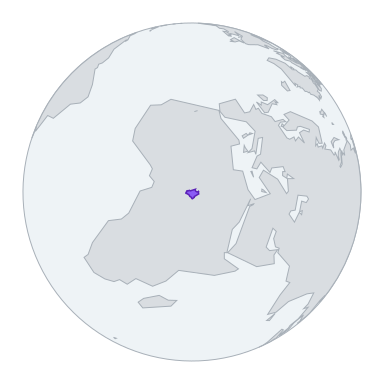 globe centered on Batha, rotated 59°
{"feature_id": "TCD-1472", "entity_name": "Batha", "entity_type": "Prefecture", "adm_level": 1, "iso_a3": "TCD", "parent_name": "Chad", "parent_adm1": "", "projection": "orthographic", "projection_center": [18.213, 14.169], "detail": "fine", "context": "on_globe", "style": "filled", "palette": "violet", "viewbox_px": 384, "rotation_deg": 59, "n_neighbors": 0, "source": "natural_earth", "source_scale": "10m", "svg_char_len": 9260}
<svg xmlns="http://www.w3.org/2000/svg" viewBox="0 0 384 384"><g transform="rotate(59 192 192)"><circle cx="192" cy="192" r="169" fill="#eef3f6" stroke="#a8b0b8"/><path d="M140.7,31.0L140.2,31.2L142.5,30.5L136.2,32.7L136.5,32.9L132.6,34.3L136.2,33.3L139.7,32.1L142.5,31.4L143.0,31.5L138.1,33.1L137.1,33.3L136.0,33.9L133.3,34.7L134.9,34.4L128.9,36.7L135.5,34.8L131.4,36.9L127.2,38.4L126.8,37.7L116.1,41.2L111.7,43.4L106.0,46.6L97.1,53.3L92.6,56.3L87.2,60.7L90.0,58.9L95.2,55.0L99.1,53.4L105.1,49.4L107.5,48.3L114.0,44.8L113.9,46.1L110.3,49.4L105.0,52.6L103.2,54.3L109.0,52.2L99.8,59.6L94.9,67.5L92.4,69.7L86.2,71.4L84.4,68.6L76.4,72.9L82.4,71.1L76.1,77.3L75.4,79.0L76.3,79.5L79.0,77.7L77.0,80.3L70.3,82.5L72.0,80.1L74.1,79.3L73.2,78.2L68.6,80.7L65.8,84.1L61.9,85.7L59.8,88.4L57.8,90.5L61.4,86.0L54.9,94.4L50.3,100.0L57.7,89.5L65.9,79.6L74.8,70.3L84.4,61.7L94.7,53.9L105.5,46.9L116.8,40.7L128.6,35.4L140.7,31.0ZM26.5,158.2L27.0,156.7L25.2,166.2L26.9,158.8L26.2,164.5L28.5,168.5L27.8,170.4L29.4,185.3L34.1,194.4L35.2,202.4L34.4,206.2L36.7,208.9L36.7,211.8L48.6,222.0L56.9,232.1L58.1,242.0L54.1,251.0L57.4,272.9L52.1,276.3L55.4,284.7L59.4,295.1L55.6,291.3L61.5,298.9L63.3,301.5L63.0,301.1L55.1,291.1L48.1,280.5L41.8,269.4L36.4,257.9L31.9,246.0L28.3,233.8L25.6,221.4L23.9,208.8L23.1,196.1L23.3,183.4L24.4,170.7L26.5,158.2ZM36.0,127.2L33.7,133.6L33.8,132.6L34.3,131.4L34.4,131.0L36.0,127.2ZM41.7,114.8L42.4,113.5L42.1,114.1L41.7,114.8ZM113.6,44.4L113.8,44.6L112.5,45.2L113.6,44.4ZM116.2,42.9L114.6,43.4L115.6,42.7L116.6,42.4L116.2,42.9ZM118.0,42.5L117.6,41.5L119.4,40.4L124.7,38.5L118.0,42.5ZM140.6,31.7L136.9,33.0L139.5,31.8L140.6,31.7ZM150.7,28.2L148.9,28.7L156.0,26.9L156.8,26.9L153.1,27.9L149.2,28.8L152.4,28.2L141.6,31.1L145.3,29.6L150.7,28.2ZM143.8,31.0L144.1,30.7L149.1,29.2L149.4,29.7L147.7,30.0L143.8,31.0ZM161.8,25.8L162.9,25.6L164.6,25.3L157.3,26.8L157.4,26.6L161.8,25.8ZM146.8,30.4L149.4,30.1L147.5,30.9L143.8,31.3L146.8,30.4ZM150.3,28.8L152.7,28.2L151.4,28.6L150.3,28.8ZM142.3,34.5L142.5,33.8L145.1,32.9L142.3,34.5ZM150.5,29.9L151.1,29.6L152.2,29.3L153.5,29.3L150.5,29.9ZM159.0,26.7L158.9,26.8L162.0,26.0L163.4,26.0L158.3,27.1L161.1,26.7L161.5,26.7L156.8,27.6L159.0,26.7ZM158.0,28.4L151.9,30.2L150.9,31.6L148.5,32.3L150.6,30.1L158.0,28.4ZM157.7,27.8L157.3,28.3L154.6,28.8L153.1,28.8L157.7,27.8ZM166.2,25.8L165.4,25.4L166.5,25.2L166.2,25.8ZM158.2,28.6L159.6,28.2L158.4,28.7L158.2,28.6ZM164.3,26.5L163.9,26.3L165.2,26.1L164.3,26.5ZM162.9,27.7L161.0,28.2L159.9,28.1L162.9,27.7ZM164.0,27.0L165.9,26.8L160.7,27.8L163.6,27.0L164.0,27.0ZM165.6,26.3L166.3,26.1L165.6,26.4L165.6,26.3ZM168.0,27.9L161.7,29.2L159.4,28.9L165.8,27.6L168.0,27.9ZM317.5,78.8L321.0,83.0L323.8,86.3L323.6,86.0L332.7,98.5L340.7,111.8L347.4,125.8L349.2,130.5L350.3,133.5L349.0,131.2L350.9,138.2L356.3,153.2L357.4,158.2L358.8,169.7L358.2,166.0L354.7,159.7L356.7,172.1L359.5,180.0L360.5,191.2L359.6,189.0L358.2,179.4L356.9,176.8L355.4,166.2L350.6,151.9L349.5,156.4L347.8,150.2L341.2,139.6L338.5,145.9L335.6,165.7L338.3,181.9L335.9,190.2L325.6,169.5L320.0,154.8L316.8,157.3L305.7,146.6L288.2,149.7L285.1,146.2L282.0,148.7L274.0,146.0L269.2,140.1L264.7,141.3L277.4,156.8L282.2,155.7L285.5,148.3L288.2,154.2L295.8,158.4L289.3,175.0L262.4,192.7L258.9,180.8L234.1,150.0L234.4,146.2L234.3,145.8L233.9,145.1L232.5,151.2L228.0,145.2L242.1,167.0L244.8,176.7L262.0,193.4L260.6,195.5L265.9,198.7L281.8,191.8L282.0,195.9L275.0,215.8L252.3,243.8L254.9,260.2L252.5,274.3L237.3,284.7L237.7,295.0L229.8,299.2L228.6,305.0L221.7,311.4L210.5,317.5L192.4,318.2L192.0,313.2L184.1,303.4L173.5,278.4L178.8,266.5L177.5,257.1L164.4,236.0L167.3,224.1L163.6,219.0L156.1,220.1L151.7,214.0L147.1,213.8L117.7,216.6L108.3,208.0L96.3,182.8L101.4,173.5L101.7,162.3L135.9,126.9L143.9,129.3L171.7,125.1L175.3,126.5L172.8,135.0L194.2,145.1L200.2,137.8L218.9,142.8L230.9,141.9L233.8,125.8L214.2,126.9L210.1,119.5L225.1,112.0L242.1,111.8L241.0,109.0L229.7,103.3L232.9,97.9L225.7,101.0L229.1,103.7L224.6,105.9L221.2,103.7L222.5,101.7L217.2,100.8L212.5,111.2L215.4,115.1L201.9,117.6L205.6,124.5L202.1,128.0L194.7,117.7L194.9,113.8L181.6,103.4L180.1,107.6L192.6,117.9L189.0,117.2L187.1,123.7L185.7,118.2L172.4,106.6L159.8,109.3L144.9,125.3L137.3,126.5L130.4,123.2L134.8,107.0L151.3,106.2L153.0,101.2L148.8,94.1L154.1,94.7L154.4,92.0L160.6,91.6L168.3,85.2L174.4,84.5L176.6,76.6L180.0,75.4L177.7,80.2L179.4,83.6L194.5,82.8L197.1,81.1L197.3,76.2L201.5,77.0L199.7,72.4L208.0,70.4L196.5,69.3L196.4,64.4L200.9,60.7L198.8,59.1L191.5,65.3L190.5,68.1L192.8,70.6L188.2,79.1L183.2,80.6L180.3,71.7L172.9,73.2L173.8,66.3L193.0,52.5L201.4,50.1L217.2,55.3L215.7,58.1L209.3,57.5L216.0,62.2L215.1,59.8L218.5,60.7L219.3,56.9L221.8,57.4L218.3,53.2L221.4,53.4L223.6,56.0L227.4,51.4L233.6,51.2L233.3,50.0L231.2,48.7L240.5,49.9L239.9,49.0L236.6,48.2L233.1,46.0L230.7,42.8L234.0,43.3L235.4,44.5L243.2,48.3L246.2,52.0L247.4,51.9L245.5,48.9L236.0,44.3L233.6,42.2L238.4,44.0L236.4,43.2L236.3,42.4L239.3,42.2L234.1,40.2L227.9,32.5L233.1,32.1L238.1,34.2L237.3,31.1L243.2,32.0L240.1,31.1L237.7,29.8L235.8,29.4L234.1,29.0L228.1,27.0L240.8,30.3L253.2,34.5L265.3,39.8L276.9,45.9L288.0,52.9L298.5,60.8L308.3,69.4L317.5,78.8ZM125.1,145.3L124.3,148.6L125.1,145.3ZM260.9,120.2L270.6,119.7L264.7,110.5L267.9,109.7L264.8,107.1L264.3,109.9L256.3,102.7L259.9,99.5L258.0,95.7L254.7,95.7L249.3,102.8L260.7,112.9L259.1,117.0L260.9,120.2ZM28.6,168.5L28.6,170.9L28.1,170.3L28.6,168.5ZM32.0,137.8L31.7,138.7L32.0,137.8ZM32.3,143.2L32.5,145.0L31.8,144.7L32.3,143.2ZM33.2,135.2L32.2,142.1L31.0,142.7L31.8,138.6L31.9,139.2L33.2,135.2ZM39.4,119.5L38.8,120.7L38.1,122.2L39.4,119.5ZM41.5,115.3L41.5,115.2L42.3,113.7L41.5,115.3ZM76.5,77.2L77.0,77.1L77.3,78.1L76.0,78.7L76.5,77.2ZM85.6,77.7L82.2,82.0L83.7,79.1L81.2,80.4L81.4,76.4L91.1,70.6L86.7,73.8L85.6,77.7ZM84.3,70.1L83.1,72.9L84.0,70.1L84.3,70.1ZM150.0,78.9L152.3,80.5L150.4,83.5L142.7,85.8L145.4,81.2L150.0,78.9ZM156.1,82.2L155.4,73.5L160.2,72.2L157.6,74.3L160.9,74.3L157.6,77.8L162.9,85.6L161.5,88.9L148.0,90.4L153.2,87.9L150.5,86.3L156.1,82.2ZM145.1,57.9L144.8,55.4L155.5,55.7L154.5,58.2L146.8,60.2L143.4,58.5L145.1,57.9ZM127.3,39.8L126.5,39.6L127.9,39.1L129.7,38.7L127.3,39.8ZM142.2,34.3L132.2,40.1L130.8,40.1L126.6,44.2L121.3,45.9L124.1,43.1L116.9,47.8L117.4,46.0L112.9,49.4L119.8,43.0L120.0,42.0L121.9,42.3L126.8,40.6L128.9,39.6L135.1,36.1L137.8,33.6L143.1,32.0L146.1,31.5L146.3,31.9L142.8,32.7L145.5,32.6L140.6,34.2L142.2,34.3ZM178.5,33.6L174.4,33.3L179.0,35.5L174.2,36.1L175.0,36.3L171.7,37.7L169.3,39.9L166.9,40.0L167.0,40.8L164.8,41.9L164.1,43.2L159.7,43.9L158.4,45.7L157.0,45.1L156.1,47.9L154.8,46.2L151.9,47.8L154.7,48.6L132.5,52.1L124.2,55.6L117.9,59.8L116.6,57.0L121.5,51.6L129.6,45.9L137.8,43.2L135.7,42.7L139.0,41.3L139.3,42.3L140.9,40.1L143.7,39.3L150.9,35.7L151.4,33.6L154.0,32.4L155.2,32.9L157.0,31.5L161.1,31.8L163.1,31.1L169.1,30.9L170.2,32.7L172.4,31.8L177.0,31.9L178.5,33.6ZM169.6,27.8L172.1,29.2L170.6,30.4L160.8,30.3L158.5,30.9L152.1,31.4L154.3,29.8L156.0,29.7L158.0,29.4L156.5,30.0L159.3,29.2L161.6,29.2L164.4,28.7L164.4,29.2L169.6,27.8ZM178.9,123.2L181.6,123.5L185.8,123.1L184.6,127.4L178.9,123.2ZM169.7,115.4L172.1,114.8L172.5,120.2L169.7,120.1L169.7,115.4ZM173.0,110.1L172.2,114.4L171.0,112.0L173.0,110.1ZM179.9,79.6L182.4,78.9L182.8,80.1L181.6,81.8L179.9,79.6ZM191.3,41.9L189.1,41.1L189.8,40.7L187.9,38.2L191.4,37.8L193.9,39.1L191.3,41.9ZM230.7,128.7L227.5,132.0L225.5,130.6L227.0,129.7L230.7,128.7ZM205.1,129.8L211.1,131.6L204.7,131.0L205.1,129.8ZM194.7,41.1L193.6,40.0L196.0,40.5L194.7,41.1ZM193.8,37.4L196.7,37.7L191.6,37.5L193.8,37.4ZM278.4,332.2L278.2,333.4L276.2,334.1L278.4,332.2ZM279.0,268.8L266.0,293.9L258.7,294.9L258.3,288.2L263.7,273.4L272.5,268.1L277.1,260.9L279.0,268.8ZM359.6,213.8L359.5,213.6L359.9,210.4L360.0,210.1L359.6,213.8ZM359.9,210.4L359.6,204.9L355.9,185.6L357.3,184.7L360.5,194.9L360.4,197.5L360.6,202.3L359.9,210.4ZM338.9,183.2L342.1,191.9L340.6,194.2L338.9,183.2ZM352.0,138.1L352.2,139.7L351.4,137.4L350.5,134.0L352.0,138.1ZM222.8,39.2L221.5,42.8L222.9,45.8L227.4,47.9L220.6,46.9L218.4,42.2L222.8,39.2ZM226.9,33.1L223.1,31.8L225.0,31.7L226.2,32.0L226.9,33.1ZM224.4,32.8L219.1,32.5L217.1,31.4L221.7,31.8L224.4,32.8ZM207.0,35.9L206.4,36.9L204.4,36.4L207.0,35.9ZM233.2,28.8L231.0,28.2L231.8,28.2L233.2,28.8ZM225.5,26.8L226.1,27.1L224.1,26.5L225.5,26.8ZM227.8,28.2L225.7,27.2L229.7,28.5L227.8,28.2Z" fill="#d9dde1" stroke="#a8b0b8" stroke-width="1"/><path d="M188.9,195.0L189.1,194.7L189.1,194.0L189.1,193.9L189.2,193.4L190.1,193.0L191.4,187.7L191.6,188.0L192.0,188.2L192.2,188.3L192.8,188.4L193.0,188.4L193.6,188.2L193.9,188.1L194.1,188.0L194.4,187.7L194.5,187.6L194.6,187.4L194.8,186.8L194.8,186.7L194.9,186.4L194.8,186.1L195.0,186.1L195.3,186.2L195.3,186.3L195.4,186.6L195.8,186.9L196.1,187.0L196.4,187.1L196.5,187.1L197.1,187.2L197.1,192.0L197.1,192.4L197.8,192.8L197.8,193.4L197.8,193.5L197.9,193.8L197.9,194.2L198.0,194.8L198.0,195.1L197.9,195.3L197.1,195.5L196.3,195.3L195.6,195.6L194.7,196.1L192.7,196.1L191.6,196.7L191.5,196.8L191.4,196.9L191.3,197.0L191.0,197.0L190.9,197.0L190.1,197.7L190.1,197.8L189.9,197.9L189.7,197.8L189.6,197.7L189.4,197.4L189.3,196.9L189.2,196.9L189.0,196.7L188.9,196.6L188.8,196.4L188.8,196.2L188.7,196.2L188.6,195.9L188.4,195.7L188.7,195.3L188.7,195.2L188.8,195.2L188.9,195.0Z" fill="#8b5cf6" stroke="#5b21b6" stroke-width="1.5"/></g></svg>